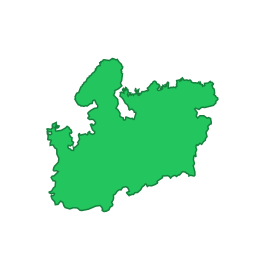 Madhya Pradesh, Robinson projection, rotated 342°
{"feature_id": "IND-3261", "entity_name": "Madhya Pradesh", "entity_type": "State", "adm_level": 1, "iso_a3": "IND", "parent_name": "India", "parent_adm1": "", "projection": "robinson", "projection_center": [78.282, 23.967], "detail": "fine", "context": "isolated", "style": "filled", "palette": "green", "viewbox_px": 256, "rotation_deg": 342, "n_neighbors": 0, "source": "natural_earth", "source_scale": "10m", "svg_char_len": 5832}
<svg xmlns="http://www.w3.org/2000/svg" viewBox="0 0 256 256"><g transform="rotate(342 128 128)"><path d="M126.1,55.6L131.2,58.1L134.3,57.1L134.6,57.6L135.1,57.3L136.1,58.0L137.6,59.5L139.0,59.4L139.7,62.1L141.4,65.4L141.4,67.7L141.9,68.3L141.0,69.7L139.2,70.7L139.6,72.1L138.9,72.8L138.9,73.5L139.6,74.6L136.5,81.1L135.0,82.4L134.7,83.6L135.2,86.0L130.9,87.8L127.1,88.3L126.2,90.5L124.5,92.2L127.0,97.5L126.1,102.1L122.7,105.5L123.9,107.3L125.0,111.5L123.9,114.2L125.1,115.8L126.6,117.0L126.2,118.3L126.8,119.4L128.2,119.2L129.1,117.1L129.6,116.9L133.2,119.8L135.2,120.2L135.5,121.3L136.5,121.7L140.0,116.6L140.2,115.5L138.8,115.0L139.0,113.8L137.9,111.5L136.9,111.0L135.0,111.4L134.6,110.7L135.0,109.0L134.7,105.9L133.1,103.6L132.4,99.4L131.4,96.8L130.2,95.3L131.6,92.9L131.6,91.9L133.1,91.9L134.8,93.5L135.2,91.5L134.6,90.6L134.7,89.7L135.9,89.0L136.3,91.4L137.1,91.6L137.4,91.3L137.5,89.6L138.3,88.7L138.9,89.5L138.7,91.1L139.6,91.1L139.7,91.5L139.2,94.5L137.8,96.2L138.0,97.8L140.3,96.2L140.6,95.1L141.6,95.7L140.9,96.8L141.1,97.8L143.0,97.2L143.3,98.5L144.3,97.6L146.6,98.0L146.9,97.4L146.2,94.7L147.3,93.0L147.6,93.4L146.8,95.1L147.3,96.0L148.3,95.2L150.1,94.7L147.9,98.4L147.7,99.6L148.1,100.3L149.1,100.3L149.2,98.6L150.0,98.6L150.5,99.5L150.9,99.5L152.5,97.7L154.6,98.4L157.1,98.2L157.9,98.8L159.3,98.2L158.6,96.5L158.9,95.9L160.3,95.6L164.0,93.1L164.8,93.3L166.4,91.7L168.0,91.7L168.8,92.7L169.1,94.9L170.7,96.0L171.2,97.5L168.7,99.9L168.0,99.9L168.0,101.1L168.6,101.8L170.9,101.8L170.9,100.5L171.9,101.7L172.4,101.7L173.2,100.9L172.3,100.3L172.0,99.2L173.9,99.4L174.3,98.3L175.9,100.3L177.6,100.1L177.8,99.5L176.5,98.4L178.9,98.0L179.4,96.9L180.1,96.7L180.6,97.4L178.6,102.6L179.5,102.9L181.5,102.5L182.5,103.3L183.8,103.0L185.8,104.4L186.5,103.5L187.6,103.2L187.4,101.9L188.7,99.9L188.9,97.9L191.4,98.2L191.6,99.3L192.7,99.5L193.8,99.0L192.8,98.0L195.2,97.1L196.1,100.0L198.9,100.5L199.9,101.6L201.8,101.5L202.5,102.6L202.5,103.9L204.3,105.4L205.9,105.7L207.9,106.9L209.7,106.1L209.7,108.0L210.3,108.2L210.9,107.4L211.0,109.3L212.2,109.8L211.9,111.4L214.1,111.3L214.5,109.2L218.1,110.0L220.5,109.1L220.7,110.1L221.9,110.4L222.9,112.4L222.4,113.1L221.4,113.0L221.1,113.4L221.1,116.5L221.8,117.2L221.8,118.9L221.1,121.8L219.9,122.7L221.2,124.3L221.2,125.5L222.6,127.2L222.2,128.7L219.8,129.8L219.3,131.3L216.2,132.9L207.1,132.2L205.5,131.3L204.0,131.2L201.3,132.3L198.5,130.1L197.2,130.5L198.6,134.5L198.0,136.0L197.2,136.5L196.6,138.2L197.4,140.0L200.2,138.6L203.9,139.8L206.2,143.0L207.9,143.0L209.5,144.5L208.9,148.5L208.3,149.8L207.0,149.7L204.3,151.2L204.2,153.6L200.8,156.3L200.5,160.6L198.4,162.0L197.8,163.5L195.6,164.3L193.0,166.3L191.7,164.8L189.0,166.1L188.3,165.2L187.5,165.6L186.6,167.2L186.6,169.9L184.7,172.0L184.3,174.0L183.7,174.4L184.1,175.7L183.5,176.0L182.6,174.8L181.9,175.1L180.4,178.5L180.2,182.2L179.4,183.3L178.4,183.8L178.0,190.5L177.1,193.5L176.0,194.1L172.9,192.3L171.1,192.4L171.5,191.1L171.1,190.3L169.7,189.2L169.1,187.8L166.4,186.3L162.5,188.6L161.6,188.2L159.1,189.1L158.3,187.8L157.2,187.4L155.0,187.7L153.0,188.8L152.3,186.8L151.3,185.7L146.3,184.4L145.9,184.6L145.4,185.9L139.7,187.5L139.0,188.0L139.3,188.9L138.9,189.5L136.4,190.1L132.6,190.3L129.8,189.1L128.3,189.6L128.0,187.1L127.0,186.7L125.8,187.6L123.2,188.5L120.9,190.7L117.1,192.3L114.6,191.7L112.6,192.9L111.2,192.3L109.7,192.6L108.6,191.9L108.1,192.5L106.8,189.8L106.8,188.9L109.8,188.6L109.3,184.6L107.7,183.1L104.6,182.9L102.1,184.8L101.3,184.1L99.9,184.2L98.0,184.9L95.6,186.8L93.4,187.3L92.6,190.3L91.3,192.2L89.5,193.6L89.9,196.0L89.3,197.1L86.5,197.8L84.6,199.9L81.9,200.4L79.3,200.0L78.0,198.5L78.0,198.0L78.8,197.5L78.5,195.3L77.5,193.1L73.1,192.3L65.3,193.0L58.6,192.2L56.9,191.4L55.5,188.9L54.3,188.0L51.1,186.9L47.7,187.0L43.7,184.3L43.0,182.2L43.0,178.6L41.3,176.7L37.8,179.0L35.2,178.5L35.5,175.5L33.9,172.1L33.8,169.2L34.4,168.5L35.5,169.2L36.8,168.9L37.8,167.6L36.8,166.9L34.7,166.8L33.1,165.3L33.3,164.5L35.8,164.5L38.5,162.0L40.6,161.2L42.5,156.7L41.8,155.4L40.4,155.1L39.6,151.3L41.0,150.4L42.9,150.7L48.2,148.0L46.9,146.6L44.3,145.9L43.9,145.0L45.0,143.0L46.3,141.7L51.2,139.0L52.9,135.5L52.3,130.8L53.7,126.1L52.2,124.2L51.6,121.3L50.6,120.6L48.6,120.5L49.4,118.2L51.1,116.3L50.9,115.5L48.4,114.6L48.2,114.1L49.8,110.4L49.5,108.9L49.8,107.6L50.4,109.0L51.9,110.5L53.5,110.1L54.0,107.7L50.9,107.1L50.6,104.0L51.5,104.0L54.4,105.5L55.6,104.7L56.6,104.7L56.5,102.7L57.4,101.1L61.4,100.6L60.8,102.2L61.4,103.8L59.9,103.7L59.8,104.4L60.9,104.9L62.8,104.5L63.2,104.9L62.1,106.0L60.9,106.2L58.5,104.8L59.0,106.6L58.2,107.8L58.6,108.8L64.1,109.6L68.5,108.7L70.6,107.6L72.0,109.2L72.0,110.6L73.2,112.2L73.3,114.6L72.5,115.4L70.9,114.8L70.3,116.6L70.6,118.6L71.8,119.9L70.5,122.9L71.8,124.7L70.1,127.2L69.1,126.6L67.8,127.3L65.8,126.1L64.9,127.5L65.2,129.1L66.8,130.3L67.2,131.7L69.3,132.5L70.0,130.7L70.1,129.3L71.5,130.1L75.7,128.1L76.0,127.2L75.6,126.3L78.5,123.8L78.7,119.4L79.7,118.4L80.1,118.4L80.1,119.4L80.6,120.1L85.8,120.5L87.0,121.9L87.9,121.6L88.5,120.1L90.2,119.4L90.5,119.8L90.1,121.2L90.4,121.6L92.5,123.2L94.6,122.8L95.2,121.4L93.7,118.7L93.4,113.0L94.9,113.0L95.4,114.7L95.9,114.8L98.3,113.7L98.9,112.7L97.9,109.7L96.6,108.6L94.3,108.2L92.9,106.5L93.1,105.8L95.0,104.9L94.3,101.8L94.8,101.1L97.6,99.9L101.9,98.9L104.7,99.4L105.8,98.6L106.2,96.8L105.3,95.1L105.5,94.0L105.0,92.9L105.3,91.8L104.6,91.0L103.6,91.0L102.7,91.6L101.5,93.6L99.7,93.2L95.9,94.5L94.8,93.7L92.7,93.8L91.3,92.8L90.1,92.6L89.1,91.2L88.0,90.6L87.3,88.4L86.4,84.1L87.2,83.5L87.4,81.8L89.9,79.1L92.1,79.0L95.7,74.6L97.5,73.7L98.1,72.8L99.4,72.4L100.3,71.1L102.2,71.0L104.9,68.0L106.6,67.9L107.2,66.7L108.7,66.7L110.9,65.0L113.0,64.4L115.5,62.7L115.2,61.9L116.6,61.4L117.0,60.5L119.4,59.7L120.8,60.0L121.3,57.2L122.4,57.5L122.7,56.5L124.6,56.6L125.3,55.7L126.1,55.6Z" fill="#22c55e" stroke="#15803d" stroke-width="1.5"/></g></svg>